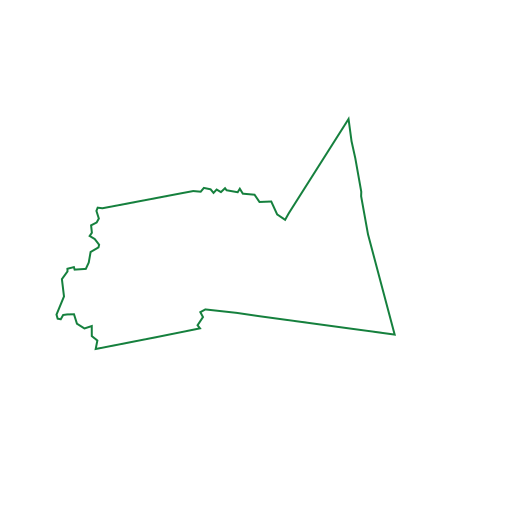 Stanislaus, California, United States of America (Robinson projection), rotated 33°
{"feature_id": "52423323B60811948646652", "entity_name": "Stanislaus", "entity_type": "district", "adm_level": 2, "iso_a3": "USA", "parent_name": "United States of America", "parent_adm1": "California", "projection": "robinson", "projection_center": [-121.179, 37.606], "detail": "fine", "context": "isolated", "style": "outline", "palette": "green", "viewbox_px": 512, "rotation_deg": 33, "n_neighbors": 0, "source": "geoboundaries", "source_scale": "gbopen_adm2", "svg_char_len": 966}
<svg xmlns="http://www.w3.org/2000/svg" viewBox="0 0 512 512"><g transform="rotate(33 256 256)"><path d="M338.1,176.8L311.6,148.6L309.3,144.8L286.1,120.0L273.6,107.7L259.0,90.7L260.2,202.2L260.7,209.8L251.1,209.6L239.1,202.0L229.5,208.8L221.4,205.4L211.0,210.9L205.8,208.4L205.9,212.5L195.5,216.9L193.1,216.0L191.8,221.5L186.8,221.7L186.0,226.2L181.6,224.8L175.2,227.3L174.6,232.2L168.0,235.7L159.8,243.5L101.2,299.6L96.9,301.7L97.6,305.1L103.8,310.2L104.1,314.7L101.0,320.1L105.7,325.9L105.6,329.8L111.5,329.6L118.3,332.0L119.2,334.6L115.1,342.7L119.3,352.6L120.3,359.5L111.3,366.2L109.3,364.5L104.8,369.4L106.3,371.6L105.8,381.1L117.0,394.5L120.6,413.8L123.8,416.6L126.7,415.4L126.4,410.5L129.4,407.9L135.1,404.0L142.7,410.3L151.6,410.2L156.4,404.2L161.9,412.6L169.0,413.3L172.2,421.3L218.7,376.3L248.4,347.2L244.7,345.9L244.8,336.1L239.9,333.4L242.6,328.4L270.8,314.2L291.3,304.8L415.1,246.4L338.1,176.8Z" fill="none" stroke="#15803d" stroke-width="2"/></g></svg>